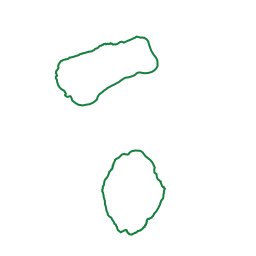 Paama, Malampa, Vanuatu (Mercator projection), rotated 57°
{"feature_id": "77236927B20475273490027", "entity_name": "Paama", "entity_type": "district", "adm_level": 2, "iso_a3": "VUT", "parent_name": "Vanuatu", "parent_adm1": "Malampa", "projection": "mercator", "projection_center": [168.29, -16.483], "detail": "fine", "context": "isolated", "style": "outline", "palette": "green", "viewbox_px": 256, "rotation_deg": 57, "n_neighbors": 0, "source": "geoboundaries", "source_scale": "gbopen_adm2", "svg_char_len": 5746}
<svg xmlns="http://www.w3.org/2000/svg" viewBox="0 0 256 256"><g transform="rotate(57 128 128)"><path d="M38.4,135.8L37.8,137.1L37.6,138.0L37.1,138.5L37.1,139.0L37.4,139.7L37.4,140.4L37.2,141.4L36.4,142.9L36.3,143.6L35.7,145.0L35.7,146.7L35.5,147.2L35.3,147.5L35.4,148.0L35.5,148.4L35.8,148.7L36.0,149.7L36.6,150.7L36.7,151.4L38.2,153.0L38.5,153.2L39.4,153.3L40.2,154.1L40.4,155.2L41.0,156.2L41.0,156.9L41.2,157.3L42.8,158.5L45.3,158.9L45.6,159.1L45.6,160.2L45.8,160.7L46.4,161.1L47.0,161.4L48.8,161.4L49.5,161.6L50.7,162.3L52.6,162.8L53.1,163.0L54.3,163.3L55.1,163.1L55.5,163.3L56.1,163.3L58.3,162.9L60.0,162.3L61.0,161.8L61.3,161.5L62.2,161.4L62.7,161.2L63.0,161.2L63.9,161.4L64.5,161.3L65.1,161.3L65.6,161.7L66.0,162.8L66.3,162.9L66.7,162.9L67.7,162.6L68.5,162.2L69.1,161.5L69.6,159.6L69.8,159.2L70.2,158.9L72.2,159.1L74.6,159.8L77.9,158.7L81.3,157.1L84.5,153.6L85.4,151.1L87.1,147.3L87.6,144.7L87.7,142.2L87.2,138.6L85.3,136.4L84.2,134.0L84.2,133.2L84.0,131.9L83.9,129.6L83.5,127.3L83.6,125.6L83.3,124.0L83.3,123.3L83.8,117.8L84.2,115.1L84.2,113.5L84.5,111.1L84.5,109.7L84.2,107.8L84.3,106.4L84.3,105.4L84.2,104.6L84.3,103.5L84.7,102.1L85.8,100.0L86.1,98.9L86.9,96.0L87.2,94.3L87.2,92.5L86.9,91.2L86.9,90.0L87.4,88.5L87.8,87.9L89.3,86.3L90.0,85.4L90.3,85.1L91.2,84.1L91.7,83.3L92.7,81.3L93.4,79.5L94.0,77.0L94.0,74.7L93.8,73.5L93.3,71.6L92.3,69.8L91.6,69.0L90.2,68.3L89.3,67.7L87.7,66.8L86.0,66.4L84.1,66.2L80.7,66.6L75.6,66.4L69.5,64.9L67.1,64.1L66.1,63.9L65.4,63.9L63.8,64.1L63.2,64.3L62.3,64.9L61.5,65.0L61.1,65.3L60.9,65.9L59.8,66.7L59.5,67.2L59.1,68.4L58.6,68.6L56.2,70.8L56.0,71.2L56.1,73.1L56.0,73.5L55.3,77.8L55.1,79.1L54.7,80.8L54.2,84.8L54.0,85.1L53.6,85.3L52.2,86.3L51.7,87.5L51.6,88.2L51.7,89.9L51.7,91.1L51.2,92.8L51.1,93.1L50.4,93.8L50.1,94.9L49.7,95.3L48.8,95.3L48.4,95.7L48.3,96.1L48.2,96.3L47.8,96.2L47.5,96.3L47.5,97.1L47.3,97.4L47.4,98.2L47.3,98.4L47.1,98.6L46.6,98.7L46.3,99.0L46.0,99.7L46.0,100.5L45.9,100.8L45.3,100.8L45.1,100.9L44.4,102.4L44.4,102.8L44.6,103.0L44.7,103.3L44.2,104.3L44.4,104.8L44.4,105.4L44.3,105.8L43.8,106.8L43.9,107.8L44.3,109.2L44.3,110.6L43.8,112.3L43.8,112.8L44.2,113.9L44.2,114.3L44.0,115.1L44.0,116.4L43.7,117.5L43.3,117.9L43.2,118.1L43.1,118.6L42.8,119.0L42.6,119.5L42.6,120.1L42.3,120.5L42.3,121.0L41.8,121.9L41.7,122.9L41.5,123.4L41.4,124.0L41.2,124.4L40.9,124.7L40.7,125.3L40.5,125.6L40.5,125.8L40.6,126.3L40.5,126.9L40.1,127.6L39.9,128.2L39.9,128.8L40.1,129.5L39.7,130.8L39.7,131.4L39.4,131.9L39.0,133.3L38.8,134.3L38.5,135.1L38.4,135.8ZM181.3,129.6L179.8,130.1L176.9,128.5L175.8,127.1L171.6,126.5L169.5,126.4L166.8,126.8L161.2,128.7L156.1,129.1L153.9,130.1L152.8,131.5L150.8,134.2L149.5,137.6L149.5,140.1L150.2,141.5L150.2,142.7L149.4,143.4L148.9,144.3L148.6,144.6L148.3,144.7L148.0,145.0L147.5,145.8L147.2,146.8L147.0,147.2L147.0,147.6L147.3,149.3L147.5,150.0L147.8,151.6L147.8,152.5L147.6,153.7L147.6,154.6L147.5,154.9L147.6,155.6L147.7,156.2L148.2,156.7L148.5,157.3L149.2,158.1L149.5,158.6L149.8,159.4L150.2,159.6L150.4,160.0L150.7,160.1L151.0,160.4L151.0,160.9L151.3,161.0L151.5,161.6L151.9,161.6L152.2,161.9L152.4,162.4L153.0,162.5L153.4,163.3L153.6,163.5L153.6,164.2L153.8,164.3L153.7,164.9L154.1,165.5L154.4,166.3L154.5,167.3L154.6,167.6L155.2,168.1L155.9,169.1L156.5,169.7L156.9,170.5L157.5,171.2L158.4,173.6L158.6,174.7L159.0,175.3L159.2,176.0L159.7,176.6L160.9,177.7L161.5,178.3L162.8,179.4L163.0,179.8L163.2,180.6L163.5,181.1L164.0,181.5L164.6,181.8L165.1,182.1L165.5,183.0L165.8,183.3L166.5,183.4L167.3,184.2L168.3,184.1L168.8,184.2L170.4,185.0L171.5,185.2L172.5,186.0L173.3,186.2L174.1,186.3L175.1,186.8L176.1,186.9L178.5,188.3L179.4,188.9L181.2,189.2L182.4,189.7L183.3,190.0L184.7,190.7L185.8,191.1L188.1,191.4L188.6,191.6L189.2,191.8L189.8,192.1L190.4,192.1L191.0,192.0L191.9,191.9L192.5,191.7L193.4,191.1L193.8,191.0L194.7,190.9L195.3,191.1L195.7,191.1L196.9,191.1L199.5,191.1L200.0,191.2L200.4,191.4L201.1,191.5L201.9,191.0L202.8,191.0L203.5,191.1L203.8,191.2L204.5,191.3L204.8,191.1L205.9,191.6L208.1,192.1L211.5,190.9L211.8,188.4L211.8,187.3L212.0,186.7L212.1,185.8L212.2,185.6L212.5,185.4L212.8,184.9L213.3,184.8L213.8,185.1L214.2,185.4L214.4,185.4L214.7,185.1L215.6,185.0L215.8,185.2L216.1,185.1L216.4,185.1L217.0,184.7L217.3,184.7L217.5,184.8L217.8,184.5L218.0,184.5L218.2,184.4L219.0,183.5L219.2,182.9L219.5,182.7L219.5,182.4L219.3,182.3L219.3,182.1L219.5,181.7L219.5,180.9L219.7,180.2L219.6,179.6L219.8,179.5L219.9,179.3L219.8,178.8L220.1,178.3L220.2,177.7L219.8,176.4L219.7,175.7L219.9,175.5L220.2,175.3L220.2,174.6L220.3,174.2L220.5,173.5L220.7,173.3L220.7,173.0L220.4,172.5L220.5,171.8L220.4,171.5L220.4,170.5L219.7,169.1L219.7,168.8L220.0,168.6L220.0,167.9L219.9,167.8L219.6,167.9L219.1,167.0L219.1,166.4L219.0,166.0L218.8,166.0L218.8,165.6L218.5,165.4L218.3,164.8L218.0,164.7L217.8,164.2L217.5,164.1L217.4,163.9L216.8,163.5L216.6,162.9L216.1,162.9L215.7,162.6L215.2,161.6L215.1,161.3L215.1,160.6L215.4,160.1L215.7,160.0L215.8,159.9L215.7,159.0L215.8,158.8L215.7,158.4L215.8,158.0L215.9,157.9L215.9,157.2L216.0,156.8L215.7,156.5L215.4,155.5L215.5,155.1L215.2,154.8L215.1,154.4L214.9,154.1L214.7,153.6L214.6,153.2L214.1,152.9L214.0,152.6L213.3,149.5L212.4,147.9L211.8,146.4L211.4,145.8L210.8,144.8L210.3,144.0L209.5,142.6L208.1,141.2L207.7,140.4L207.1,139.8L206.9,139.6L206.7,138.4L205.8,136.6L205.0,135.8L202.9,134.4L202.4,133.5L201.2,132.8L200.4,132.0L199.8,131.5L199.1,130.2L198.8,130.3L198.5,130.4L198.3,130.4L198.1,130.3L197.8,130.3L197.5,130.1L197.2,130.1L197.0,130.3L197.0,130.6L196.8,130.8L196.0,130.7L195.2,131.1L192.9,130.5L192.2,130.4L191.6,130.1L191.0,130.1L190.7,129.7L190.0,130.2L188.8,130.3L188.6,130.4L187.5,130.9L186.9,130.9L186.0,130.8L184.9,130.5L182.1,129.2L181.8,129.2L181.3,129.6Z" fill="none" stroke="#15803d" stroke-width="2"/></g></svg>